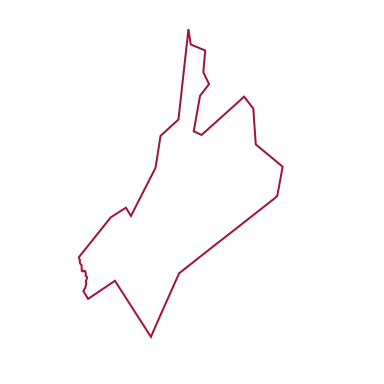 Nazaré do Piauí, Piauí, Brazil, rotated 202°
{"feature_id": "56859067B23275533922322", "entity_name": "Nazaré do Piauí", "entity_type": "district", "adm_level": 2, "iso_a3": "BRA", "parent_name": "Brazil", "parent_adm1": "Piauí", "projection": "natural_earth1", "projection_center": [-42.675, -7.077], "detail": "fine", "context": "isolated", "style": "outline", "palette": "rose", "viewbox_px": 384, "rotation_deg": 202, "n_neighbors": 0, "source": "geoboundaries", "source_scale": "gbopen_adm2", "svg_char_len": 821}
<svg xmlns="http://www.w3.org/2000/svg" viewBox="0 0 384 384"><g transform="rotate(202 192 192)"><path d="M248.3,54.0L230.2,80.8L220.6,74.0L218.2,72.3L175.8,42.3L175.4,57.8L173.5,111.8L149.9,153.1L141.9,166.8L140.9,168.6L113.4,216.4L111.5,220.4L117.4,249.4L150.7,260.0L166.4,292.3L179.5,299.9L182.8,292.8L204.5,248.5L213.1,248.9L220.6,284.2L216.6,298.4L226.4,307.3L232.7,328.1L248.5,328.3L256.3,341.7L231.7,254.1L235.5,246.3L242.2,232.3L236.5,207.8L234.9,200.6L238.6,158.7L239.6,146.9L247.4,152.7L257.8,138.1L272.5,89.1L271.4,87.8L270.4,86.9L269.9,85.1L268.8,83.7L267.1,82.9L265.4,79.3L264.7,77.6L263.4,77.4L262.5,78.7L261.3,78.5L260.0,76.8L259.2,74.4L257.4,73.8L257.0,71.6L257.0,69.3L255.9,68.1L255.5,66.7L255.5,65.1L255.0,63.3L255.4,61.6L255.6,59.4L248.3,54.0Z" fill="none" stroke="#9f1239" stroke-width="2"/></g></svg>